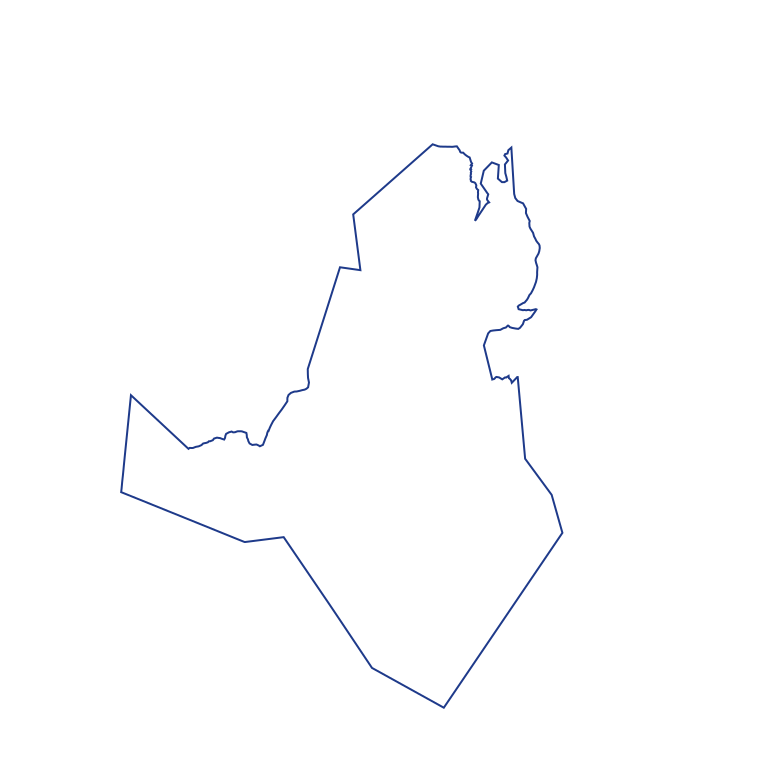 the district of Calihualá, Oaxaca, Mexico, rotated 25°
{"feature_id": "50627088B89954579529198", "entity_name": "Calihualá", "entity_type": "district", "adm_level": 2, "iso_a3": "MEX", "parent_name": "Mexico", "parent_adm1": "Oaxaca", "projection": "equal_earth", "projection_center": [-98.262, 17.554], "detail": "fine", "context": "isolated", "style": "outline", "palette": "blue", "viewbox_px": 768, "rotation_deg": 25, "n_neighbors": 0, "source": "geoboundaries", "source_scale": "gbopen_adm2", "svg_char_len": 3501}
<svg xmlns="http://www.w3.org/2000/svg" viewBox="0 0 768 768"><g transform="rotate(25 384 384)"><path d="M575.0,652.1L608.6,443.5L582.8,413.6L543.5,392.1L501.8,320.4L502.0,320.9L499.3,328.9L497.7,327.0L496.0,326.2L494.7,325.9L493.5,324.0L491.9,326.6L491.0,326.8L489.2,329.8L485.5,329.4L482.9,330.1L482.4,330.8L481.8,332.7L481.3,333.3L480.4,333.8L480.2,334.1L458.2,306.8L457.0,294.1L458.0,291.0L460.3,289.4L463.3,287.6L466.5,285.8L468.6,283.0L470.6,281.3L471.2,279.6L471.7,278.6L472.6,278.7L474.0,279.3L476.4,279.0L479.9,278.1L482.4,277.3L483.5,275.6L484.6,271.1L484.2,267.5L484.6,266.5L486.4,265.4L489.1,261.3L490.4,254.3L490.7,252.0L490.0,252.0L487.6,253.9L485.7,255.4L484.0,255.6L482.9,256.2L481.7,257.1L480.1,257.5L478.7,258.4L474.4,259.3L473.7,258.5L472.6,257.4L472.9,256.1L474.2,254.3L475.9,251.8L477.0,250.8L478.0,247.1L478.2,245.1L478.2,241.9L478.9,239.7L479.1,236.0L479.1,233.0L478.6,227.2L477.8,223.6L476.7,220.4L475.5,217.9L473.7,213.3L472.1,211.5L470.6,209.9L469.0,207.8L468.5,205.9L468.6,204.5L468.9,200.5L468.6,198.1L467.7,194.9L466.4,192.7L465.2,191.7L463.6,191.0L461.4,189.8L460.0,188.6L457.6,186.8L455.2,184.0L451.0,181.3L449.4,179.9L447.6,176.6L447.2,174.7L443.3,171.7L440.4,169.1L438.8,165.2L437.1,164.0L433.7,161.5L431.6,161.6L427.7,161.7L424.4,160.0L421.7,156.8L399.5,115.9L397.9,119.5L398.5,122.9L396.6,124.5L396.6,126.1L398.9,127.1L402.0,129.0L400.8,133.9L404.8,141.6L407.3,144.5L409.7,147.6L407.8,150.2L405.5,151.2L400.4,149.7L395.5,137.0L388.1,137.6L384.3,148.5L387.0,161.5L396.9,167.3L398.3,168.0L398.9,172.1L399.2,173.0L399.6,173.4L400.3,173.9L402.5,175.0L401.5,176.1L400.5,178.4L400.3,179.8L398.8,189.7L398.3,193.2L398.3,193.6L398.1,195.0L397.9,196.3L397.4,197.6L396.5,188.6L395.9,183.6L394.5,180.3L393.5,177.9L392.9,177.8L391.6,177.0L390.1,175.0L388.8,171.6L388.2,170.7L387.4,168.4L385.7,167.9L384.3,166.9L383.7,164.9L381.9,163.4L380.8,163.1L378.0,163.6L376.9,163.2L376.6,162.5L376.0,162.0L375.5,160.7L375.4,159.6L374.8,159.4L374.4,158.5L374.2,158.0L374.1,156.8L373.4,156.0L373.3,154.5L372.3,153.7L371.5,153.0L372.1,152.4L371.4,151.8L371.4,148.9L370.2,148.9L370.7,147.0L369.0,145.9L365.9,142.5L364.3,142.5L362.2,142.2L360.1,141.7L358.0,140.9L356.1,141.7L354.9,141.4L353.9,140.3L349.6,137.8L348.0,138.7L346.0,140.0L334.8,145.0L332.7,145.6L326.8,146.2L290.4,229.6L284.4,243.3L314.5,290.8L294.8,296.8L301.3,346.4L308.6,402.7L310.9,407.4L312.6,410.6L315.4,414.4L316.6,419.1L315.7,421.1L314.5,422.6L312.5,424.1L310.5,425.8L308.0,427.7L305.9,428.8L303.4,431.4L302.1,434.3L302.3,437.4L303.7,440.5L303.0,445.1L302.1,450.3L301.1,455.0L300.0,460.7L299.2,464.5L299.0,468.8L299.0,472.0L299.2,475.4L298.8,475.4L298.8,477.1L299.2,479.1L299.4,479.5L299.5,483.6L299.7,485.7L299.9,488.7L300.0,490.3L297.8,492.9L296.5,492.7L294.1,492.7L292.8,493.4L290.4,494.9L287.3,494.7L285.2,493.1L284.1,491.7L282.3,490.3L280.9,487.8L279.9,486.5L275.1,487.0L273.2,487.8L271.2,488.8L269.2,490.8L267.6,491.6L266.0,491.5L263.9,493.3L262.0,495.9L262.1,497.8L262.7,500.1L262.6,501.9L260.2,502.2L258.3,502.3L256.8,502.8L255.3,503.2L253.0,505.3L252.6,507.3L250.6,509.4L249.5,509.9L249.0,511.3L247.6,512.6L246.2,513.6L245.2,514.4L244.4,516.5L242.4,518.8L240.0,520.5L237.9,522.7L236.7,523.3L234.8,524.1L234.2,525.4L159.4,501.1L178.5,555.9L182.6,567.6L184.0,571.5L186.2,577.8L188.0,583.1L190.3,589.5L191.5,593.1L195.2,592.9L306.2,587.1L314.1,586.7L323.2,586.2L324.5,586.1L324.9,585.9L337.3,578.1L357.8,565.2L427.7,606.8L440.3,614.4L493.1,646.4L575.0,652.1Z" fill="none" stroke="#1e3a8a" stroke-width="2"/></g></svg>